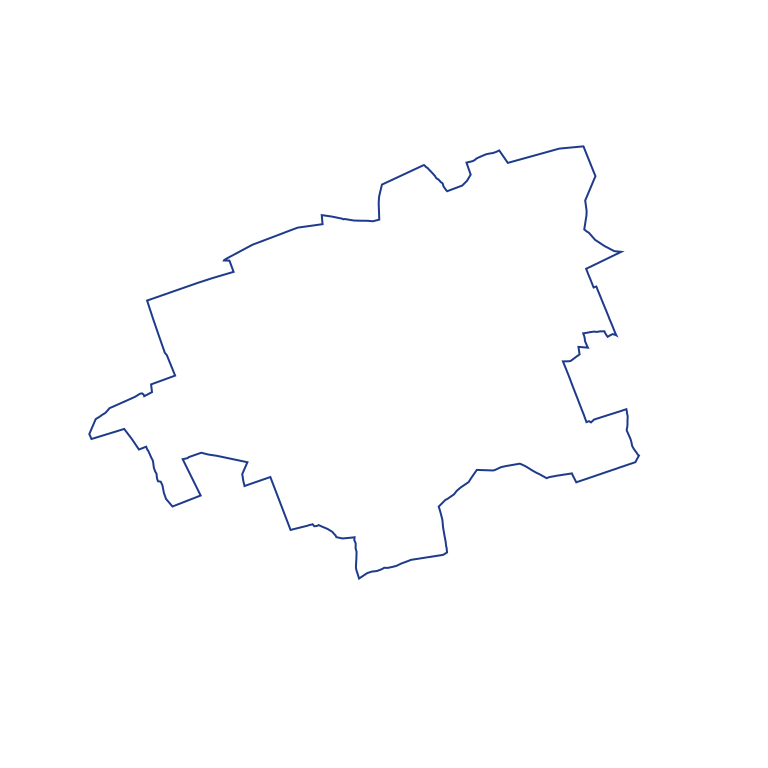 Tunkás, Yucatán, Mexico (Mercator projection), rotated 243°
{"feature_id": "50627088B40114968381237", "entity_name": "Tunkás", "entity_type": "district", "adm_level": 2, "iso_a3": "MEX", "parent_name": "Mexico", "parent_adm1": "Yucatán", "projection": "mercator", "projection_center": [-88.776, 20.896], "detail": "fine", "context": "isolated", "style": "outline", "palette": "blue", "viewbox_px": 768, "rotation_deg": 243, "n_neighbors": 0, "source": "geoboundaries", "source_scale": "gbopen_adm2", "svg_char_len": 5576}
<svg xmlns="http://www.w3.org/2000/svg" viewBox="0 0 768 768"><g transform="rotate(243 384 384)"><path d="M565.7,349.0L567.8,330.2L567.3,304.4L567.1,298.1L566.7,297.5L564.1,302.3L552.2,300.9L556.3,278.9L558.6,264.4L565.9,210.8L546.7,207.8L529.8,205.4L511.3,202.9L508.2,203.6L486.3,201.7L489.4,176.3L482.1,173.6L482.0,164.8L483.5,165.0L485.4,164.3L486.1,162.3L485.6,156.2L486.8,132.7L487.1,128.5L486.1,126.2L485.0,123.3L484.7,122.4L484.5,119.4L483.9,115.2L483.6,111.2L473.2,98.7L467.8,98.4L461.9,132.1L449.2,134.4L436.9,135.9L436.1,143.6L432.7,143.3L431.7,143.6L423.4,143.2L420.9,143.3L419.4,142.9L413.8,140.9L410.0,140.4L407.4,140.6L403.0,138.9L400.0,138.5L398.3,140.7L394.3,140.6L391.6,139.8L387.1,138.5L380.6,137.6L370.9,139.9L367.9,170.0L408.4,170.5L407.1,175.3L407.5,176.7L406.9,181.3L405.7,190.0L401.1,195.2L395.8,202.6L376.3,226.8L368.1,216.8L361.4,214.6L356.4,213.4L356.1,216.0L352.7,240.5L296.4,234.5L292.4,251.8L292.2,253.6L291.7,255.4L291.5,256.7L288.9,257.3L288.0,259.7L287.9,261.8L285.7,263.5L280.5,267.9L277.6,269.7L275.6,270.9L273.3,271.4L271.0,272.1L269.2,272.0L265.2,276.9L261.4,286.5L260.8,288.2L260.2,287.8L258.5,286.7L254.8,286.4L250.5,284.1L247.0,283.4L244.4,282.0L240.6,279.9L233.7,275.9L231.2,275.0L222.0,273.5L223.0,281.9L223.1,283.5L222.3,288.3L221.0,291.6L220.5,293.3L220.3,295.1L220.1,296.9L220.0,298.8L220.2,300.7L219.2,302.5L218.4,304.0L217.0,309.3L216.3,312.7L216.2,317.8L215.3,325.5L215.1,328.1L204.9,359.2L205.3,363.7L209.6,365.4L211.5,365.8L215.1,367.2L222.2,369.3L229.3,371.5L236.6,374.4L244.7,376.2L249.9,377.1L252.9,386.2L252.8,388.0L253.9,396.3L255.7,400.1L255.8,400.3L257.0,405.4L258.2,415.0L259.5,417.0L262.3,422.1L265.3,427.7L257.4,442.0L257.0,443.9L256.8,450.4L255.6,455.1L251.4,468.7L250.5,469.6L247.2,472.2L246.3,472.8L245.4,473.4L244.9,473.7L242.0,475.5L241.5,475.8L240.1,476.6L239.1,477.2L238.1,477.9L235.0,480.0L234.0,480.9L232.1,482.2L231.1,482.9L230.3,483.4L228.0,485.0L226.2,486.2L226.2,486.8L226.0,489.0L225.3,491.3L224.9,492.7L224.2,494.9L224.0,495.8L223.2,498.3L222.9,499.0L222.7,499.7L221.7,502.8L221.2,504.3L220.9,505.1L220.2,507.2L220.0,508.0L219.6,509.0L219.1,510.8L217.3,510.7L214.6,510.7L209.1,510.7L208.9,512.3L208.2,517.1L208.1,517.9L207.4,522.4L207.1,524.8L206.4,529.3L206.0,532.6L205.8,533.7L205.6,535.3L205.4,536.0L205.3,537.7L205.1,538.6L204.9,539.9L204.8,540.8L204.8,541.0L204.7,541.7L204.6,542.5L204.3,544.2L203.9,547.0L203.6,549.2L203.3,550.8L202.9,553.9L202.7,555.5L202.3,558.5L202.0,559.7L201.8,561.8L201.5,563.7L201.1,566.6L201.0,567.1L200.4,571.2L200.2,572.5L202.7,576.0L204.1,578.1L204.5,578.7L205.7,578.1L206.1,578.0L208.1,577.9L208.7,577.8L210.1,577.5L210.9,577.4L212.2,577.2L214.7,577.0L215.8,577.0L216.9,577.2L218.6,577.7L221.0,578.3L223.5,578.7L224.9,578.8L226.1,578.8L228.6,579.0L231.2,579.1L232.0,579.1L233.1,579.5L234.9,580.9L236.4,582.0L236.7,582.2L238.6,583.2L240.0,583.9L241.0,584.4L243.7,586.0L245.4,586.7L248.2,587.4L248.9,587.8L251.5,588.5L252.0,585.6L252.5,581.9L253.0,579.3L253.5,575.7L253.9,574.1L253.9,573.6L254.0,572.9L254.5,570.2L254.7,568.9L255.6,563.4L256.1,560.1L256.7,556.8L256.7,555.9L257.0,555.2L255.8,551.0L257.8,549.8L258.1,547.1L259.7,547.3L260.5,547.4L262.6,547.6L265.8,548.1L267.4,548.2L268.0,548.2L269.2,548.4L271.9,548.6L272.4,548.7L275.4,549.0L277.6,549.2L280.1,549.5L280.5,549.5L283.7,549.9L286.4,550.1L287.9,550.3L288.4,550.3L292.2,550.7L295.3,551.0L298.9,551.4L300.8,551.6L303.2,551.9L305.0,552.1L315.6,553.1L322.9,553.7L320.3,559.1L319.8,560.8L321.3,569.4L321.2,570.2L321.5,570.9L321.6,571.7L328.8,574.1L323.8,582.2L325.7,582.2L328.3,582.4L329.9,582.5L331.1,582.6L333.3,583.5L335.5,584.1L338.1,584.4L338.7,584.5L338.2,586.0L337.8,587.2L337.0,589.8L336.7,591.2L336.5,591.5L335.9,593.4L335.2,595.2L333.9,597.0L333.2,599.2L332.8,600.4L332.1,601.9L330.9,604.3L329.8,604.2L328.4,604.2L326.5,604.4L324.5,604.7L324.6,606.7L324.7,607.4L324.7,609.6L324.6,610.5L324.0,611.1L323.1,612.1L322.7,612.5L321.9,613.1L322.9,613.1L324.5,613.2L327.1,613.4L331.2,613.8L332.4,613.9L335.0,614.1L339.4,614.4L343.1,614.8L344.8,614.9L347.7,615.2L350.6,615.4L354.1,615.7L357.0,615.9L358.0,616.0L361.4,616.3L363.7,616.5L366.2,616.7L370.0,617.0L371.3,617.1L373.7,617.4L374.5,617.4L374.7,615.8L374.8,614.6L375.3,614.6L378.2,614.9L380.3,615.1L383.3,615.4L384.9,615.5L387.5,615.7L388.5,615.8L390.2,615.9L392.2,616.2L393.0,616.2L394.9,616.4L394.6,628.8L394.1,655.3L397.9,649.4L399.4,648.4L401.3,647.0L403.8,645.3L406.5,643.3L416.5,637.6L419.9,636.7L425.8,635.2L427.9,633.9L430.8,632.6L442.4,641.0L446.2,643.1L456.2,646.6L459.3,650.3L470.2,663.2L473.2,666.8L476.3,667.0L505.2,669.6L514.1,647.2L514.2,646.9L516.7,634.5L524.8,594.7L527.8,594.3L539.8,592.7L539.9,589.0L540.3,586.3L540.7,584.8L541.4,582.7L542.3,579.4L542.6,575.5L542.9,571.1L542.9,568.3L542.4,566.9L542.3,564.4L543.1,560.8L543.8,558.0L532.2,556.4L531.2,556.3L527.4,550.3L525.3,543.8L527.1,527.8L528.0,527.5L528.6,527.4L529.2,527.3L531.1,527.0L533.1,526.7L534.1,527.0L536.1,527.3L537.0,527.0L537.9,526.3L538.7,526.1L539.8,525.9L540.5,525.6L541.6,525.4L542.1,524.8L543.3,524.2L544.1,524.0L544.8,523.9L545.6,523.9L546.1,523.9L547.5,523.5L549.1,523.1L551.5,522.4L552.6,522.1L554.1,521.6L555.5,521.2L556.5,521.0L556.9,520.8L557.4,520.4L558.1,520.1L558.7,519.7L559.8,519.6L560.3,519.4L560.9,519.0L561.0,518.3L561.1,516.2L562.6,472.7L557.0,467.9L552.9,464.5L547.6,461.4L532.6,454.4L533.4,450.9L534.0,448.1L535.4,445.8L536.7,443.8L540.9,435.8L543.4,431.3L548.9,423.8L549.3,422.4L550.1,422.0L556.6,413.9L561.9,406.4L562.1,406.1L562.7,405.2L554.3,401.8L562.5,378.1L563.4,370.4L565.7,349.0Z" fill="none" stroke="#1e3a8a" stroke-width="2"/></g></svg>